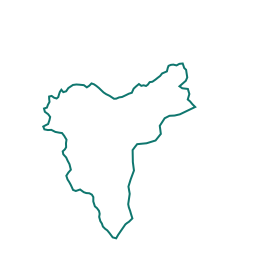 outline of Ceres, Goiás, Brazil, rotated 139°
{"feature_id": "56859067B10166822363593", "entity_name": "Ceres", "entity_type": "district", "adm_level": 2, "iso_a3": "BRA", "parent_name": "Brazil", "parent_adm1": "Goiás", "projection": "robinson", "projection_center": [-49.639, -15.273], "detail": "fine", "context": "isolated", "style": "outline", "palette": "teal", "viewbox_px": 256, "rotation_deg": 139, "n_neighbors": 0, "source": "geoboundaries", "source_scale": "gbopen_adm2", "svg_char_len": 1886}
<svg xmlns="http://www.w3.org/2000/svg" viewBox="0 0 256 256"><g transform="rotate(139 128 128)"><path d="M178.6,197.8L180.1,194.8L179.2,190.7L179.5,187.4L182.2,185.4L185.7,183.4L188.3,184.1L191.0,184.7L192.0,181.8L189.8,179.0L187.1,176.9L185.4,172.7L182.8,169.4L181.1,167.5L181.3,164.0L182.1,159.5L184.8,157.2L187.3,154.1L189.6,153.3L192.6,153.2L194.1,150.6L194.0,146.3L195.0,143.0L195.9,139.1L198.5,134.0L202.2,133.5L205.9,132.4L207.4,128.8L207.8,125.9L208.6,122.3L210.1,117.3L208.7,114.7L204.5,113.0L203.5,108.6L202.2,106.3L200.0,104.1L199.0,101.4L199.5,98.6L202.4,95.3L204.4,90.6L204.0,87.8L204.3,84.4L205.7,81.8L208.1,79.8L210.0,75.8L210.4,73.0L211.6,70.1L211.4,66.9L210.8,64.4L210.9,60.8L211.3,55.5L209.3,52.5L205.6,53.8L193.2,57.0L191.0,56.9L188.8,56.6L184.0,56.9L182.2,61.0L180.7,64.2L179.4,67.6L177.8,70.4L169.9,77.2L166.1,83.5L159.8,87.4L151.4,92.0L146.7,99.1L139.0,108.3L135.4,109.1L131.7,109.8L124.0,104.3L115.4,100.5L107.1,102.0L104.7,105.6L102.6,108.8L93.9,111.3L88.7,110.0L84.6,106.8L79.9,104.3L63.5,99.8L63.8,103.8L63.7,107.4L64.2,110.3L59.4,113.4L57.2,118.2L61.0,122.4L61.8,125.7L53.4,125.7L50.1,127.3L46.0,133.8L46.2,136.4L44.4,140.8L47.1,142.7L50.3,143.4L52.2,146.1L54.2,147.5L56.6,148.3L58.5,147.3L61.5,145.2L64.3,146.1L66.5,146.8L69.6,146.2L72.7,146.4L75.4,146.5L79.2,146.9L81.6,148.4L84.7,147.7L86.8,147.9L88.2,150.0L90.3,151.1L90.9,154.0L94.4,154.1L97.9,154.0L102.0,152.1L104.8,153.3L108.2,154.2L112.1,155.3L114.6,156.9L117.7,157.9L119.4,159.3L120.8,164.4L122.3,167.9L123.1,170.9L123.4,174.0L123.7,177.3L124.3,180.7L125.0,183.3L126.3,185.6L129.5,185.3L132.4,185.7L133.2,189.3L136.4,192.7L138.4,194.7L141.3,196.6L146.8,197.3L150.6,196.3L153.3,197.5L153.2,200.6L155.8,199.9L158.2,198.5L160.3,197.1L162.5,197.1L163.9,199.3L164.6,202.3L166.9,203.5L168.3,201.8L170.1,199.2L173.3,198.0L175.8,196.6L178.6,197.8Z" fill="none" stroke="#0f766e" stroke-width="2"/></g></svg>